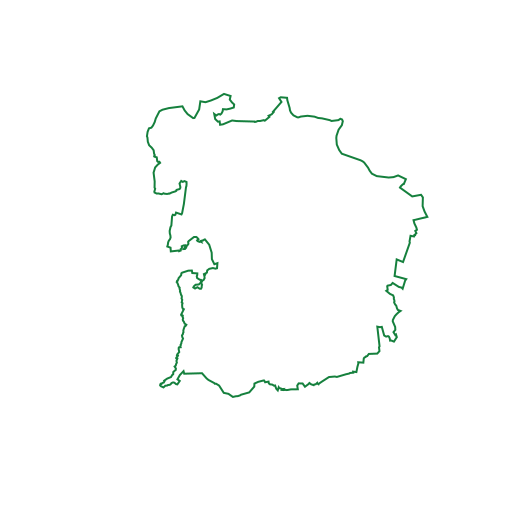 Uriu, Bistrita-Nasaud, Romania (Albers equal-area conic projection), rotated 215°
{"feature_id": "2599482B41912909280800", "entity_name": "Uriu", "entity_type": "district", "adm_level": 2, "iso_a3": "ROU", "parent_name": "Romania", "parent_adm1": "Bistrita-Nasaud", "projection": "albers", "projection_center": [24.088, 47.22], "detail": "fine", "context": "isolated", "style": "outline", "palette": "green", "viewbox_px": 512, "rotation_deg": 215, "n_neighbors": 0, "source": "geoboundaries", "source_scale": "gbopen_adm2", "svg_char_len": 6146}
<svg xmlns="http://www.w3.org/2000/svg" viewBox="0 0 512 512"><g transform="rotate(215 256 256)"><path d="M327.6,398.5L323.5,396.8L324.8,384.0L324.1,384.0L324.4,381.1L326.1,378.1L324.8,377.7L326.3,372.1L326.7,371.7L327.5,371.8L330.1,368.9L332.0,367.6L333.1,365.8L334.0,365.1L334.3,365.3L349.3,355.4L353.3,353.3L358.6,344.9L360.7,342.9L363.0,345.4L364.2,344.2L368.0,344.8L371.7,348.4L369.1,348.3L368.5,350.0L367.7,351.1L366.4,351.3L366.0,352.8L366.3,355.3L367.3,357.3L364.2,359.2L361.6,362.0L359.4,364.9L360.8,367.6L363.7,368.0L367.2,369.1L368.6,372.5L375.2,370.4L378.4,363.3L382.2,357.4L385.6,353.0L390.3,350.8L386.6,343.4L385.6,333.8L386.6,332.9L393.4,333.0L397.9,334.3L402.1,336.4L412.2,327.2L416.5,322.2L418.1,319.1L417.0,311.2L415.8,307.6L415.2,303.8L415.3,301.1L416.9,299.2L416.0,295.5L414.0,291.5L412.9,290.8L410.1,287.5L407.0,285.4L403.5,284.9L400.5,283.9L398.2,281.4L396.8,280.6L396.7,279.3L396.2,279.1L393.9,279.9L391.4,277.1L390.3,276.9L389.2,277.8L388.0,277.3L388.9,274.5L389.4,270.7L387.7,265.5L381.8,259.0L378.3,253.8L377.2,253.3L376.2,250.4L375.5,249.8L373.1,250.2L371.9,251.2L368.7,252.5L367.7,254.4L366.8,254.5L364.6,255.7L363.6,256.6L363.1,257.4L362.6,257.5L361.5,259.6L359.1,262.7L358.7,263.6L359.0,264.1L358.9,264.7L357.0,267.0L357.1,268.5L357.7,269.3L360.2,271.5L360.3,274.6L358.5,274.7L357.6,276.3L355.4,276.8L354.2,275.2L353.1,273.3L352.8,272.2L344.9,257.2L341.1,248.7L340.9,247.3L346.4,245.7L345.7,243.6L346.0,242.8L347.8,242.1L347.4,240.2L342.8,232.4L342.6,230.6L341.1,227.0L339.6,225.1L337.9,223.7L336.6,222.2L336.1,220.4L336.2,218.6L335.8,216.8L334.7,214.7L334.1,212.9L330.8,213.8L328.4,210.9L322.4,216.2L321.8,215.8L320.8,217.3L321.6,218.4L321.2,219.3L321.4,220.3L322.4,221.4L321.3,223.2L320.1,224.2L319.3,222.9L319.1,220.3L318.2,221.0L318.0,222.8L318.5,223.7L318.3,226.9L318.7,227.7L319.7,228.6L319.7,229.6L317.7,236.0L315.9,237.3L314.8,237.3L312.8,236.8L313.2,235.0L312.4,234.7L310.3,235.2L309.8,235.9L308.8,236.1L309.8,236.7L308.7,238.1L308.4,238.1L307.8,239.7L307.4,240.3L300.8,238.4L294.2,233.3L290.3,228.1L285.4,225.4L283.5,228.0L280.9,223.6L281.9,222.4L284.4,221.4L286.9,218.7L287.7,216.2L286.7,214.3L287.5,212.5L286.9,211.8L286.9,211.3L288.9,211.8L286.6,209.8L285.4,208.4L285.2,206.3L285.8,205.1L285.5,202.6L283.6,201.4L283.5,200.7L282.4,198.9L282.3,197.6L283.4,196.9L286.1,196.8L287.3,194.4L289.3,194.3L289.5,195.4L289.0,197.8L286.6,199.8L286.2,201.0L286.1,202.3L286.5,204.0L286.9,204.8L287.4,204.9L288.4,204.3L291.6,204.2L292.9,205.4L293.2,206.7L294.1,208.1L298.4,205.5L300.2,207.3L303.1,205.1L307.0,199.9L307.2,199.0L306.3,197.3L306.7,193.5L306.1,191.8L306.4,190.5L306.1,189.5L305.7,189.7L305.4,189.0L303.7,188.1L302.0,186.7L300.4,186.3L300.0,185.5L298.3,184.1L297.8,183.1L297.1,182.9L295.0,181.1L294.3,181.0L293.3,180.0L292.6,178.5L291.3,177.8L290.2,175.3L289.1,175.2L288.6,173.7L287.0,171.7L285.7,170.8L284.6,171.0L283.8,165.9L283.8,165.2L283.4,164.7L282.9,164.5L282.1,165.2L281.6,165.0L281.6,164.4L281.1,163.9L280.0,163.3L279.6,162.0L278.8,161.2L277.4,160.8L275.7,159.7L273.6,159.7L273.6,158.2L274.1,157.6L273.4,155.0L272.8,153.3L271.6,151.8L271.6,151.0L271.1,150.1L271.1,148.5L270.0,147.4L268.4,146.5L267.7,142.7L267.0,141.5L266.8,139.9L266.3,139.5L266.1,138.4L265.5,138.0L266.7,137.0L266.7,136.6L265.9,135.3L263.8,133.3L264.1,130.3L263.8,129.4L262.8,129.7L262.7,129.4L263.0,127.0L262.7,126.5L261.6,126.9L261.0,124.4L259.7,123.3L259.4,121.3L259.0,120.6L258.9,120.0L259.3,118.8L257.1,117.9L256.4,116.6L256.9,115.0L257.2,113.5L256.0,111.6L256.4,110.3L256.2,108.1L258.4,104.7L259.7,101.2L259.1,100.9L259.0,99.4L259.9,98.3L260.0,97.0L260.8,96.7L260.8,96.0L260.3,95.0L259.2,94.8L256.4,95.3L255.9,97.7L254.4,99.0L254.2,99.7L252.8,101.0L252.4,101.9L252.3,103.5L251.4,104.9L250.2,105.4L248.0,105.2L246.8,105.7L246.8,109.9L249.6,109.9L250.1,114.8L249.3,120.1L247.3,118.4L233.0,129.0L226.3,127.4L223.9,127.2L217.1,128.0L216.5,127.7L215.4,128.5L211.9,128.7L203.9,125.4L199.5,127.3L194.1,127.3L192.0,129.6L190.5,130.8L189.1,132.7L188.7,133.8L183.3,140.4L182.5,148.0L184.1,150.6L182.0,154.2L178.4,158.4L177.9,158.7L176.1,157.8L173.7,160.3L172.4,159.0L170.9,158.9L168.9,160.0L166.8,160.1L166.1,160.9L163.3,158.9L161.1,158.4L162.1,161.5L161.1,161.1L159.7,161.8L158.9,161.5L157.5,162.6L157.7,161.3L156.5,162.0L155.2,163.2L154.5,163.4L153.1,164.5L151.0,166.7L145.3,170.8L147.9,173.5L148.0,176.1L144.7,178.3L140.9,177.0L139.5,181.3L139.4,182.6L137.3,182.5L134.6,183.3L134.6,184.1L133.5,185.2L133.1,187.1L132.6,186.7L131.2,186.8L131.3,187.4L129.9,191.1L126.8,198.7L122.3,202.5L120.4,203.3L114.4,210.8L112.3,213.1L111.9,214.1L109.4,216.2L110.1,217.0L107.2,218.5L109.4,223.5L110.5,226.7L111.3,227.6L106.9,230.2L109.0,234.0L108.9,235.2L108.3,236.0L108.4,236.7L107.5,237.8L107.4,240.5L100.7,245.6L100.3,248.9L102.9,251.8L103.0,252.9L116.1,267.7L113.6,268.8L112.3,270.1L105.4,264.4L103.2,264.6L101.9,266.1L100.9,266.2L99.2,265.2L97.6,263.6L96.9,264.3L93.9,265.0L94.1,270.3L96.3,272.0L96.5,271.1L99.7,272.5L99.5,275.4L101.3,277.7L106.5,280.9L107.2,282.1L107.8,286.3L107.5,288.9L106.9,291.7L106.1,293.9L108.9,293.2L110.5,294.0L112.7,295.8L114.2,296.1L115.7,296.9L116.4,297.4L116.5,298.2L117.4,299.2L118.5,299.9L119.3,301.2L121.1,302.4L124.5,301.8L129.3,302.2L128.7,303.8L131.2,306.5L131.2,307.2L128.9,309.6L128.6,312.3L121.2,312.6L118.7,313.6L117.1,313.3L119.7,321.3L119.7,323.2L131.0,319.1L138.8,333.9L132.1,335.4L137.6,355.1L138.6,356.0L141.0,361.2L137.8,362.6L138.3,364.0L137.6,364.4L138.0,365.4L137.7,366.7L139.9,367.9L139.2,369.8L141.0,371.3L144.9,373.5L147.5,375.7L138.1,386.3L143.4,389.1L148.1,392.4L152.9,399.7L155.9,400.8L162.2,394.4L177.3,394.6L177.4,395.9L177.1,397.7L176.6,399.6L176.2,399.8L177.3,404.9L185.8,403.5L188.6,399.5L192.3,396.4L202.9,390.7L208.3,389.9L211.9,391.1L214.8,392.6L221.0,394.6L223.0,394.7L225.2,394.4L244.4,389.0L248.6,390.5L253.7,393.6L257.9,398.7L259.0,400.7L260.8,406.9L260.7,412.4L262.2,416.2L263.8,417.2L265.6,416.8L266.4,414.6L271.6,409.9L273.5,409.6L280.9,406.6L284.3,404.7L288.0,403.7L294.2,400.4L299.3,395.9L300.6,394.0L301.7,393.3L306.0,392.7L309.5,393.5L311.7,394.8L313.4,396.6L319.7,401.6L321.3,403.4L326.8,400.2L327.6,398.5Z" fill="none" stroke="#15803d" stroke-width="2"/></g></svg>